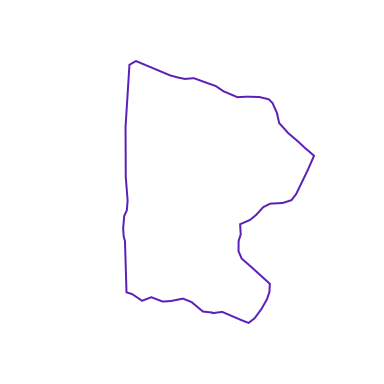 Yangyang-gun, Gangwon, South Korea (Albers equal-area conic projection), rotated 214°
{"feature_id": "91817680B9940099959324", "entity_name": "Yangyang-gun", "entity_type": "district", "adm_level": 2, "iso_a3": "KOR", "parent_name": "South Korea", "parent_adm1": "Gangwon", "projection": "albers", "projection_center": [128.559, 38.003], "detail": "fine", "context": "isolated", "style": "outline", "palette": "violet", "viewbox_px": 384, "rotation_deg": 214, "n_neighbors": 0, "source": "geoboundaries", "source_scale": "gbopen_adm2", "svg_char_len": 905}
<svg xmlns="http://www.w3.org/2000/svg" viewBox="0 0 384 384"><g transform="rotate(214 192 192)"><path d="M107.3,103.0L99.9,109.5L79.9,113.3L71.9,115.1L69.5,122.3L69.0,133.7L69.9,145.1L71.8,152.2L76.1,159.4L98.9,162.7L113.6,164.6L120.3,168.9L126.0,177.5L127.9,184.1L134.1,192.2L128.3,201.3L126.0,208.9L124.5,219.3L120.7,226.0L110.7,233.6L105.0,240.8L104.5,248.4L108.3,275.0L111.1,290.3L114.3,290.7L123.1,291.7L132.6,293.2L145.0,294.6L158.3,297.9L165.9,305.1L175.0,310.8L180.2,311.8L189.3,308.4L199.8,301.7L207.4,296.0L222.2,293.1L231.7,293.1L238.9,291.2L254.1,287.4L261.2,281.7L268.4,278.8L275.5,276.4L311.7,269.2L315.0,262.5L283.5,208.8L255.3,167.4L240.6,148.9L235.8,140.4L234.8,134.2L228.7,123.3L223.9,117.1L220.1,113.8L190.2,72.2L184.4,73.9L172.6,73.9L166.9,82.0L155.0,84.8L148.8,89.6L139.8,98.6L130.8,100.5L116.1,99.0L108.0,103.3L107.3,103.0Z" fill="none" stroke="#5b21b6" stroke-width="2"/></g></svg>